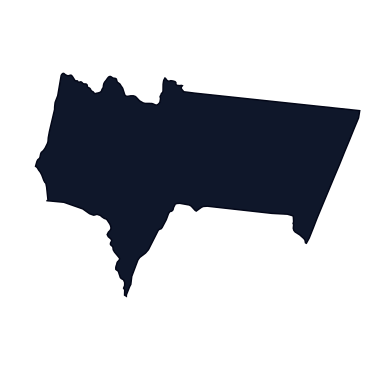 the Department of Tarija, rotated 6°
{"feature_id": "BOL-1941", "entity_name": "Tarija", "entity_type": "Department", "adm_level": 1, "iso_a3": "BOL", "parent_name": "Bolivia", "parent_adm1": "", "projection": "mercator", "projection_center": [-64.397, -21.882], "detail": "fine", "context": "isolated", "style": "filled", "palette": "ink", "viewbox_px": 384, "rotation_deg": 6, "n_neighbors": 0, "source": "natural_earth", "source_scale": "10m", "svg_char_len": 3792}
<svg xmlns="http://www.w3.org/2000/svg" viewBox="0 0 384 384"><g transform="rotate(6 192 192)"><path d="M311.1,231.0L310.2,230.7L309.9,229.9L309.7,228.9L309.3,227.9L308.1,226.6L303.7,223.4L298.8,221.0L297.3,219.5L296.5,217.5L296.5,213.9L295.8,212.6L296.1,211.7L296.1,210.5L295.4,206.3L295.1,205.3L293.7,204.9L289.2,204.1L273.8,204.9L241.2,204.7L208.7,204.5L204.7,205.2L203.0,206.2L198.2,210.5L197.0,209.9L192.7,206.1L190.7,205.2L181.0,204.5L178.2,205.0L176.7,205.7L176.4,206.0L176.3,206.7L175.3,209.2L175.0,211.4L174.6,212.3L173.8,213.1L173.0,213.5L172.3,213.7L171.8,214.1L170.9,215.9L169.3,222.2L166.0,230.4L165.2,231.7L163.1,232.8L162.4,233.7L154.7,253.9L152.2,257.5L146.8,262.6L145.3,265.3L140.9,282.2L140.8,290.3L139.9,292.5L137.5,301.1L137.6,302.5L135.7,301.6L135.3,296.3L134.0,294.8L134.8,292.1L134.5,289.0L133.1,286.5L130.8,285.5L129.7,284.6L127.0,278.6L125.9,277.8L125.0,277.4L124.3,276.8L124.1,275.1L124.2,273.9L124.7,271.7L124.8,270.5L125.2,269.3L126.0,268.3L126.8,267.2L127.0,265.5L121.2,259.8L119.7,257.7L119.1,255.2L118.7,254.5L116.9,253.3L116.3,252.4L116.3,251.3L117.1,249.1L117.0,247.9L115.6,246.7L113.4,245.2L112.1,243.2L113.1,240.6L114.4,239.0L115.2,237.4L115.1,235.6L114.2,233.3L113.3,232.0L110.5,228.6L109.6,227.9L107.5,227.4L105.2,226.2L103.2,224.8L101.0,224.4L100.1,224.1L99.3,224.3L97.4,225.1L96.4,225.3L92.4,224.3L85.1,220.2L65.6,215.6L48.0,215.8L49.8,215.8L49.7,215.5L46.9,202.3L45.8,198.8L45.5,198.4L44.6,197.7L43.4,195.9L40.8,190.7L39.1,188.2L38.4,187.4L37.3,186.3L36.7,185.5L36.1,184.7L35.7,184.1L35.2,183.7L34.8,183.4L33.7,182.8L34.6,177.7L35.3,176.0L36.3,175.0L36.9,174.2L37.2,173.2L37.5,170.0L37.8,168.9L38.1,168.2L38.5,167.9L39.9,166.3L41.3,163.8L43.1,159.0L43.4,157.6L43.5,156.6L43.4,153.0L43.9,146.6L46.7,124.3L46.5,122.0L46.5,117.6L46.7,116.5L48.4,110.3L49.7,90.0L49.9,89.3L50.3,88.6L50.9,87.8L51.5,87.5L52.1,87.5L52.6,87.8L53.5,88.4L54.0,88.7L55.8,89.3L56.4,89.4L57.0,89.3L58.4,88.7L59.0,88.5L59.6,88.5L60.1,88.8L60.9,89.5L64.1,93.5L64.3,93.6L64.5,93.6L65.0,93.6L65.7,93.5L66.4,93.5L66.5,93.5L67.1,94.3L67.4,94.6L67.9,94.7L68.4,94.6L69.3,94.2L70.0,94.1L70.5,94.2L71.0,94.5L71.8,95.2L72.2,95.5L72.8,95.7L73.4,95.8L74.7,95.7L75.3,95.7L75.8,95.9L76.3,96.3L76.6,96.7L76.7,97.3L76.9,97.9L77.1,98.4L77.5,98.8L78.7,99.2L79.2,99.4L79.7,99.7L80.0,100.1L80.4,100.5L80.6,101.0L80.9,101.4L81.3,101.8L81.7,102.1L83.3,102.8L83.7,103.2L84.1,103.6L84.5,104.0L84.9,104.3L85.4,104.3L86.7,103.8L88.6,103.2L90.3,102.4L91.0,101.7L91.4,101.0L91.7,99.7L91.9,99.1L92.7,97.5L92.8,96.9L92.8,96.3L92.8,95.0L93.0,93.5L93.6,91.9L95.1,89.6L96.0,87.9L97.0,86.4L97.8,85.9L98.5,85.6L99.1,85.8L99.6,85.9L101.0,86.7L101.6,86.9L102.2,87.0L103.5,87.0L104.1,87.1L104.6,87.3L105.0,87.7L105.2,88.2L105.8,89.8L106.1,90.3L106.5,90.7L108.4,91.8L108.9,92.1L109.6,92.9L110.0,93.5L112.0,95.8L112.3,96.3L114.8,102.0L115.1,102.5L115.4,102.9L115.8,103.2L116.3,103.5L117.1,103.6L118.0,103.6L121.2,102.7L123.1,102.5L123.8,102.5L125.2,102.8L125.7,103.0L126.6,103.6L130.3,106.8L134.1,108.5L136.0,108.8L142.3,108.2L143.6,108.3L146.4,109.2L147.2,109.3L147.9,109.2L148.5,108.8L149.0,108.5L149.5,107.9L149.9,107.4L150.3,106.9L150.5,106.4L150.7,105.8L150.8,105.1L150.9,102.9L150.9,102.2L150.3,100.6L150.4,100.0L150.9,99.1L151.0,98.6L151.1,98.0L151.3,97.3L152.0,96.4L152.4,95.7L152.6,95.0L152.6,94.4L152.0,87.8L152.1,85.0L152.2,84.0L152.4,83.4L153.2,81.5L153.8,81.8L155.1,83.3L156.5,84.2L157.8,84.1L159.3,83.5L161.6,83.6L163.6,84.0L164.5,84.8L164.8,86.8L165.8,87.5L168.7,87.5L169.3,87.3L170.5,87.1L171.3,87.3L170.5,88.6L170.3,89.7L171.0,90.9L173.0,92.8L173.1,93.2L175.2,93.2L184.9,93.4L350.2,93.6L350.3,93.6L349.9,100.9L346.5,112.3L343.2,123.8L339.5,136.2L335.8,149.2L332.2,161.0L327.4,177.1L323.6,189.8L319.1,204.9L316.4,214.9L313.4,225.5L311.1,231.0Z" fill="#0f172a" stroke="#020617" stroke-width="1.5"/></g></svg>